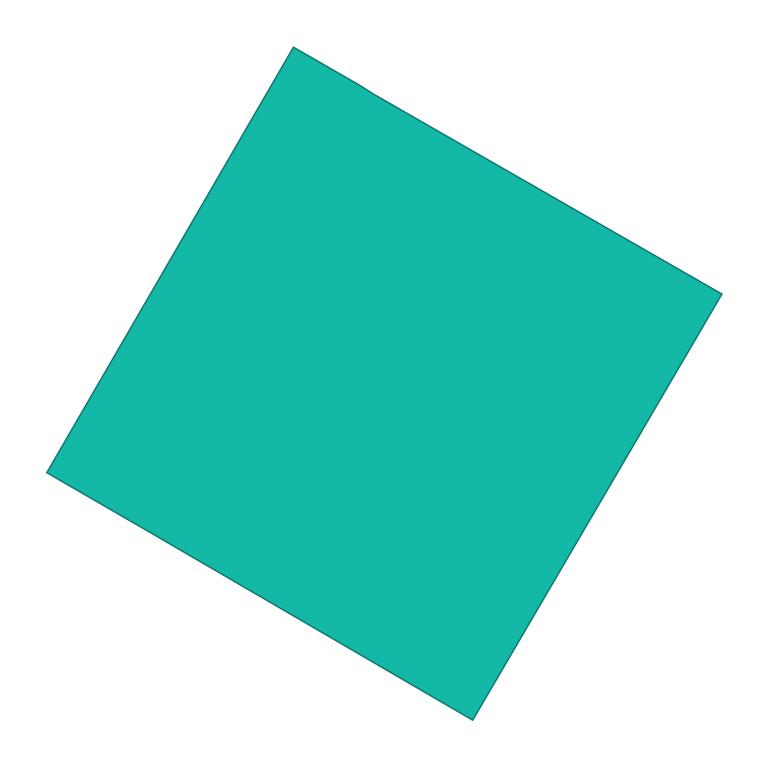 outline of Hall, Texas, United States of America, rotated 210°
{"feature_id": "52423323B5625612438776", "entity_name": "Hall", "entity_type": "district", "adm_level": 2, "iso_a3": "USA", "parent_name": "United States of America", "parent_adm1": "Texas", "projection": "albers", "projection_center": [-100.587, 34.531], "detail": "fine", "context": "isolated", "style": "filled", "palette": "teal", "viewbox_px": 768, "rotation_deg": 210, "n_neighbors": 0, "source": "geoboundaries", "source_scale": "gbopen_adm2", "svg_char_len": 267}
<svg xmlns="http://www.w3.org/2000/svg" viewBox="0 0 768 768"><g transform="rotate(210 384 384)"><path d="M631.7,138.6L515.5,138.5L139.1,137.2L136.3,630.8L537.6,629.8L555.5,630.5L630.8,630.4L631.7,138.6Z" fill="#14b8a6" stroke="#0f766e" stroke-width="1.5"/></g></svg>